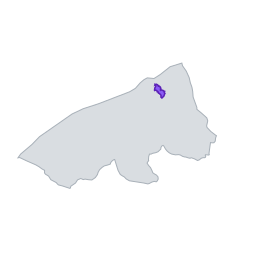 Suehn Mecca, Bomi, Liberia (highlighted), rotated 117°
{"feature_id": "62588387B34365926899718", "entity_name": "Suehn Mecca", "entity_type": "district", "adm_level": 2, "iso_a3": "LBR", "parent_name": "Liberia", "parent_adm1": "Bomi", "projection": "mercator", "projection_center": [-10.641, 6.716], "detail": "fine", "context": "in_parent", "style": "filled", "palette": "violet", "viewbox_px": 256, "rotation_deg": 117, "n_neighbors": 0, "source": "geoboundaries", "source_scale": "gbopen_adm2", "svg_char_len": 3589}
<svg xmlns="http://www.w3.org/2000/svg" viewBox="0 0 256 256"><g transform="rotate(117 128 128)"><path d="M45.7,109.5L47.8,107.7L50.9,101.9L55.3,96.4L59.4,93.0L62.6,89.6L66.0,87.0L70.9,84.0L78.4,76.0L80.1,75.1L81.3,69.5L83.2,62.4L85.4,60.2L90.5,58.9L91.7,57.7L93.5,52.7L94.6,46.9L94.7,45.7L96.8,45.5L100.2,44.3L102.2,44.8L103.1,46.5L103.5,47.9L113.9,44.3L114.8,43.5L115.4,43.7L116.7,46.9L117.4,46.7L118.1,45.8L118.8,45.7L119.6,46.1L120.4,47.7L121.7,49.0L124.0,50.0L125.4,51.3L125.3,54.8L125.8,58.2L126.8,59.0L127.3,61.0L127.6,63.2L128.1,64.4L128.5,66.6L128.3,69.0L128.7,70.7L130.4,73.6L131.4,77.3L131.4,79.9L130.8,82.6L129.7,85.1L127.8,87.9L127.6,88.9L128.7,89.7L130.5,89.8L131.9,89.2L135.6,90.5L137.6,92.3L139.3,94.5L140.8,95.6L141.5,97.0L144.1,96.6L147.1,95.3L147.8,94.7L148.7,95.0L150.6,95.1L152.0,92.7L153.1,89.9L155.4,86.9L156.6,85.7L156.9,83.8L157.0,81.3L157.9,79.1L159.8,77.9L161.9,77.9L163.1,78.4L163.7,80.5L165.3,82.1L166.8,83.2L167.5,83.6L168.8,84.9L169.9,89.1L174.4,102.8L174.2,106.5L173.3,109.0L173.2,111.4L172.9,113.8L170.2,117.7L162.1,125.6L162.7,126.3L164.6,127.2L166.6,127.7L168.2,127.4L170.3,129.4L172.5,131.9L174.8,133.2L178.1,134.4L181.0,134.5L183.5,134.1L187.0,134.6L190.7,136.6L192.1,140.0L193.0,143.0L194.3,144.5L194.4,147.1L197.1,149.4L200.9,149.8L205.8,152.5L207.0,152.3L207.5,152.0L208.2,152.5L209.4,160.2L210.3,164.2L209.8,165.8L209.2,167.1L209.1,173.3L206.9,176.9L206.6,180.7L205.9,182.0L203.6,183.1L203.5,186.1L202.9,189.7L202.7,193.6L203.3,203.6L203.5,211.1L204.5,212.5L199.9,211.8L186.3,206.1L175.9,202.9L140.9,184.2L131.2,176.7L120.0,165.5L95.0,143.0L89.3,139.4L82.2,137.6L77.7,135.7L74.6,133.6L72.1,127.3L65.8,123.6L54.3,118.3L45.7,109.5Z" fill="#d9dde1" stroke="#a8b0b8" stroke-width="1"/><path d="M78.8,112.0L78.9,112.3L79.0,112.6L78.8,112.7L78.7,112.8L78.7,113.0L78.7,113.3L78.7,113.6L78.8,113.9L78.8,114.0L78.7,114.1L78.8,114.3L78.9,114.6L78.9,114.8L78.8,115.1L78.9,115.3L79.0,115.4L79.0,115.5L79.3,115.9L79.5,116.0L79.4,116.1L79.4,116.3L79.2,116.3L78.8,116.4L78.7,116.6L78.3,116.5L78.2,116.6L78.1,116.8L77.9,116.8L77.9,117.0L77.7,117.1L77.4,117.2L77.4,117.3L77.2,117.5L76.9,117.7L76.9,117.9L76.8,118.0L76.8,118.3L76.7,118.3L76.6,118.5L76.5,119.0L76.7,119.3L76.6,119.5L76.8,119.5L77.0,119.9L76.9,120.0L76.7,120.3L76.5,120.5L76.4,120.6L76.3,120.9L76.3,121.0L76.1,121.5L76.1,121.8L76.1,122.2L76.1,122.6L76.2,122.8L76.5,123.0L76.6,123.3L76.9,123.7L76.9,123.8L77.1,123.7L77.4,123.4L77.5,123.4L77.4,123.3L77.3,123.2L77.4,122.9L77.5,122.7L77.7,122.4L78.0,122.3L78.2,122.2L78.3,122.2L78.5,122.2L78.8,122.2L79.2,122.2L79.3,122.2L79.6,122.3L79.8,122.3L80.0,122.3L80.1,122.2L80.3,122.2L80.7,122.1L80.9,122.0L81.0,122.0L81.3,121.9L81.5,121.8L81.9,121.7L82.2,121.6L82.2,121.4L82.4,121.2L82.1,121.0L81.9,120.8L81.8,120.7L81.7,120.6L81.7,120.2L81.6,119.8L81.7,119.6L81.7,119.4L81.8,119.3L81.9,119.1L81.9,118.9L81.9,118.7L82.0,118.7L82.2,118.4L82.4,118.3L82.5,118.3L82.5,118.2L82.4,118.0L82.3,117.8L82.3,117.7L82.2,117.6L82.2,117.4L82.3,117.3L82.3,117.2L82.5,117.0L82.9,117.0L83.0,116.9L83.1,116.7L83.1,116.4L83.1,116.1L83.1,115.5L83.1,115.4L83.1,115.2L83.2,114.9L83.4,114.8L83.4,114.7L83.4,114.4L83.5,114.1L83.6,113.9L83.7,113.7L83.8,113.6L83.9,113.4L84.1,113.4L84.3,113.2L84.6,113.1L84.8,112.9L85.0,112.9L85.3,112.8L85.4,112.7L85.5,112.7L85.6,112.4L85.7,112.1L85.8,111.8L85.9,111.4L84.9,111.1L84.7,111.1L84.3,110.8L83.0,110.5L82.9,110.6L82.7,110.6L82.2,110.7L81.9,110.7L80.9,110.8L80.5,110.8L80.4,110.8L80.4,111.1L80.3,111.3L80.2,111.4L80.1,111.6L79.9,111.8L79.7,111.9L79.3,111.9L79.2,112.0L78.8,112.0Z" fill="#8b5cf6" stroke="#5b21b6" stroke-width="1.5"/></g></svg>